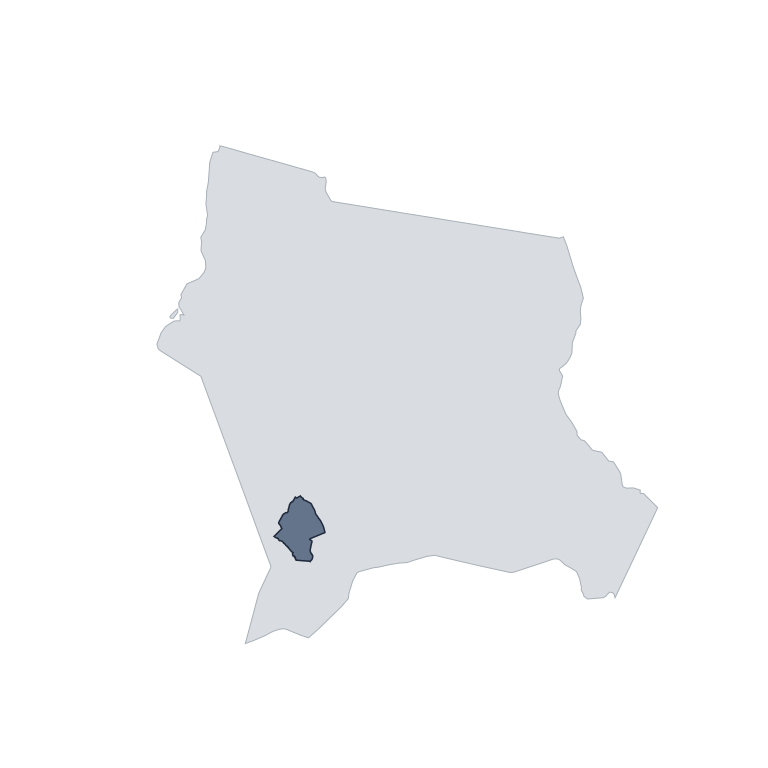 Tarbaj, North-Eastern, Kenya (highlighted), rotated 160°
{"feature_id": "3690345B53726856133736", "entity_name": "Tarbaj", "entity_type": "district", "adm_level": 2, "iso_a3": "KEN", "parent_name": "Kenya", "parent_adm1": "North-Eastern", "projection": "mercator", "projection_center": [40.301, 2.381], "detail": "fine", "context": "in_parent", "style": "filled", "palette": "slate", "viewbox_px": 768, "rotation_deg": 160, "n_neighbors": 0, "source": "geoboundaries", "source_scale": "gbopen_adm2", "svg_char_len": 7866}
<svg xmlns="http://www.w3.org/2000/svg" viewBox="0 0 768 768"><g transform="rotate(160 384 384)"><path d="M165.1,461.0L164.9,451.7L166.2,427.9L166.1,407.0L167.3,396.5L172.4,389.9L174.8,385.0L176.5,378.3L179.2,372.8L185.4,368.4L186.5,365.9L192.9,358.4L196.8,348.8L199.8,345.6L203.4,342.6L206.0,341.0L210.3,339.4L213.6,338.5L214.2,337.7L214.5,336.2L213.4,330.2L214.8,328.3L217.1,324.3L219.7,320.6L222.0,318.3L223.4,315.8L224.0,311.6L224.1,308.7L224.0,303.8L223.3,292.8L220.6,283.6L218.9,273.3L220.1,269.9L217.9,263.9L216.9,263.5L215.1,262.2L212.8,256.5L211.1,251.3L210.1,250.0L202.7,245.4L199.1,234.7L195.0,232.3L192.7,221.7L192.3,218.6L194.6,208.0L194.4,205.5L192.0,203.3L185.1,201.0L179.5,196.6L180.2,195.1L180.6,193.5L177.6,192.4L169.1,174.2L180.1,163.3L191.3,152.2L205.5,138.1L218.6,125.2L229.9,114.1L240.0,104.1L239.8,106.0L239.8,108.6L241.1,110.1L243.1,111.2L246.0,110.0L248.5,108.5L251.0,108.2L266.2,112.3L268.7,115.9L268.6,119.8L269.2,122.6L268.0,125.5L266.8,134.0L267.2,141.8L271.7,147.6L275.8,152.2L279.0,158.6L281.4,160.6L284.7,161.6L295.1,161.8L310.5,162.3L325.4,162.7L326.7,162.8L329.9,163.7L343.5,172.3L356.0,180.2L366.6,187.1L376.9,193.8L386.9,200.3L394.7,205.6L402.3,207.3L414.7,208.1L423.3,208.3L431.2,210.6L443.0,212.7L451.9,213.8L457.2,215.0L471.9,216.2L474.4,215.5L480.9,209.5L488.2,199.8L491.0,194.5L500.5,189.2L517.0,181.8L528.7,176.5L541.7,171.3L547.6,175.9L555.7,183.2L559.4,186.8L562.3,188.4L566.7,189.4L572.1,189.5L575.0,189.3L581.0,188.3L595.1,187.5L603.1,187.5L596.3,197.2L588.2,208.8L573.3,230.2L562.0,241.5L553.4,250.0L552.6,251.5L552.7,261.0L552.8,284.1L552.9,330.4L553.1,376.7L553.3,422.9L553.4,446.0L553.4,453.8L560.9,463.5L568.3,473.0L578.0,485.6L583.2,492.3L584.1,494.6L583.8,499.1L575.8,508.5L569.3,512.8L560.4,514.9L557.8,514.5L554.3,513.1L553.0,515.4L552.0,518.9L550.0,518.2L548.5,517.1L549.4,523.4L550.3,526.5L549.0,530.7L544.7,534.3L544.3,537.4L535.0,545.5L521.9,546.3L515.0,550.4L511.9,553.6L509.6,560.8L510.4,571.8L506.7,580.3L506.0,584.5L499.2,590.0L496.2,595.1L494.0,600.2L492.1,602.5L489.8,614.0L486.6,621.0L485.7,623.3L485.0,625.4L482.5,629.5L480.9,632.3L479.8,634.2L471.8,652.1L465.5,660.2L460.6,659.2L457.3,662.4L457.0,663.9L455.2,663.0L451.1,660.1L442.7,654.0L434.3,647.9L425.9,641.8L417.4,635.7L409.0,629.7L400.6,623.6L392.2,617.5L383.7,611.4L378.8,607.8L376.6,605.7L374.9,601.5L374.1,600.5L371.8,599.2L369.2,598.9L368.4,598.1L368.5,596.1L369.4,593.2L372.5,587.6L372.8,584.3L372.2,580.6L371.2,574.6L370.4,573.3L364.8,570.1L353.1,563.6L341.4,557.1L329.7,550.5L318.0,544.0L306.3,537.4L294.6,530.9L282.9,524.4L271.2,517.8L259.5,511.3L247.8,504.8L236.1,498.2L224.4,491.7L212.7,485.2L201.0,478.6L189.3,472.1L177.6,465.6L173.2,463.1L169.3,461.0L165.1,461.0ZM554.3,524.5L552.2,525.0L553.3,521.9L559.3,517.8L561.8,518.7L562.2,519.7L562.1,520.5L561.1,521.3L554.3,524.5Z" fill="#d9dde1" stroke="#a8b0b8" stroke-width="1"/><path d="M500.9,307.4L503.0,307.1L503.8,306.9L504.3,306.8L504.6,306.8L504.8,306.8L504.9,306.7L505.1,306.7L505.4,306.8L505.5,306.9L505.6,307.1L505.7,307.6L505.8,308.0L506.0,308.1L506.4,307.8L507.2,307.1L507.3,306.9L507.7,306.5L508.0,306.4L508.5,306.0L508.7,305.8L509.1,305.4L509.4,305.3L509.5,305.2L509.8,305.1L510.0,304.7L510.4,304.6L510.5,304.8L510.8,304.8L511.0,304.8L511.4,304.5L511.5,304.4L511.8,304.3L512.1,304.4L512.4,304.3L512.7,304.0L512.8,304.0L513.0,303.9L513.2,303.7L513.3,303.5L513.3,303.4L514.0,302.9L514.2,302.7L514.3,302.6L514.5,302.4L514.6,302.0L514.7,301.9L514.9,301.6L515.0,301.3L515.4,300.8L515.4,300.7L515.7,300.3L515.8,300.1L516.0,299.9L516.2,299.7L516.4,299.5L516.4,299.4L516.5,299.3L516.7,299.2L516.9,298.9L517.0,298.7L517.1,298.3L517.2,298.1L517.3,297.5L517.4,297.3L517.5,297.2L518.0,296.9L518.1,296.7L518.3,296.6L518.5,296.5L518.7,296.4L518.9,296.2L519.2,296.2L519.3,296.2L519.4,296.4L519.6,296.5L519.8,296.5L520.2,296.7L520.3,296.7L520.5,296.7L520.8,296.7L521.2,296.4L521.3,296.4L521.5,296.3L521.9,296.3L522.2,296.3L522.3,296.3L522.5,296.3L522.5,296.2L522.8,296.1L523.0,296.0L523.2,295.8L523.3,295.7L523.5,295.6L523.8,295.6L524.4,295.4L524.5,295.3L524.6,295.2L524.7,294.8L524.8,294.7L525.0,294.5L525.1,294.4L525.3,294.2L525.7,293.9L525.8,293.9L526.0,293.8L526.4,293.4L526.7,293.1L526.9,293.0L527.1,292.9L527.2,292.6L527.4,292.4L527.7,292.1L528.4,291.7L528.6,291.6L528.8,291.4L529.1,291.0L529.5,290.7L530.2,289.9L530.4,289.6L530.5,289.4L530.6,289.1L530.6,288.8L530.5,288.7L530.4,288.4L530.3,288.2L530.2,287.9L530.1,287.7L530.0,287.3L529.9,286.7L529.8,286.3L529.8,286.2L529.7,286.1L529.5,285.8L529.5,285.7L529.7,285.2L529.7,284.6L529.7,284.3L529.6,284.1L529.5,283.5L529.5,283.4L529.4,283.1L539.4,278.4L539.1,278.1L538.9,277.8L538.9,277.6L538.8,277.3L538.7,277.1L538.5,276.9L538.1,276.5L537.8,276.2L537.6,276.0L537.4,275.9L537.1,275.8L536.8,275.6L536.8,275.2L536.7,275.1L536.4,274.9L536.2,274.8L536.2,274.5L536.2,274.1L536.2,273.9L536.2,273.7L536.1,272.9L536.0,272.7L535.8,272.5L535.7,272.4L535.3,272.3L535.1,272.3L534.9,272.2L534.7,272.0L534.4,271.8L534.2,271.5L534.0,271.4L533.8,271.3L533.7,271.1L533.5,270.9L533.4,270.8L533.1,270.3L533.0,270.1L532.9,269.9L532.8,269.6L532.9,269.3L532.8,269.1L532.3,268.8L532.2,268.6L532.3,268.4L532.5,268.3L532.4,268.1L532.0,267.6L531.6,267.3L531.5,267.1L531.5,266.9L531.5,266.4L531.5,266.1L531.3,265.7L531.0,265.4L530.9,265.2L530.7,265.1L530.6,264.8L530.5,264.6L530.3,264.5L530.3,264.3L530.4,264.1L530.5,264.0L530.4,263.9L530.2,263.8L530.1,263.7L529.9,263.3L529.8,263.2L529.9,262.6L529.7,262.4L529.6,261.9L529.5,261.7L529.4,261.4L529.3,261.2L529.2,260.8L529.2,260.6L529.1,260.4L529.0,260.2L528.8,259.9L528.6,259.7L528.6,259.2L528.4,258.8L528.4,258.5L528.3,258.2L528.2,258.0L528.0,257.7L527.8,257.6L527.5,257.2L527.3,257.0L527.1,256.7L527.5,256.4L527.6,256.2L527.8,255.9L527.9,255.7L528.1,255.7L528.2,255.4L528.2,255.1L528.2,254.9L528.1,254.7L528.1,254.4L528.2,254.2L528.2,253.7L528.3,253.6L528.2,253.5L527.8,253.5L527.7,253.3L527.6,253.2L527.3,253.2L527.2,253.0L527.3,252.8L527.3,252.6L527.2,252.5L526.9,252.4L526.8,252.2L527.0,252.0L527.2,251.9L527.3,251.7L527.2,251.6L527.0,251.4L526.9,251.3L527.0,251.2L526.9,250.8L527.0,250.7L527.1,250.4L526.9,250.3L526.8,250.2L526.8,249.8L526.9,249.7L527.0,249.5L526.9,249.3L526.8,249.2L526.8,248.8L526.7,248.7L526.8,248.5L525.5,247.9L520.8,245.7L514.5,242.9L514.2,242.4L513.7,242.9L513.4,242.9L512.9,243.1L512.0,243.6L511.7,243.8L511.5,244.0L511.2,244.3L511.1,244.5L510.7,245.0L510.4,245.4L510.3,245.6L510.3,245.8L510.0,246.3L509.7,246.8L509.7,247.0L509.8,247.4L509.8,247.7L509.9,247.9L509.9,248.1L509.9,248.4L509.9,248.5L510.2,248.6L510.3,248.7L510.3,248.8L510.3,249.0L510.3,249.4L510.2,249.6L510.3,249.7L510.4,250.3L510.5,250.5L510.6,250.9L510.5,251.1L510.5,251.6L510.4,252.2L510.4,252.4L510.4,252.6L509.9,253.7L508.1,256.6L507.9,257.0L507.8,257.4L507.7,257.5L507.3,257.9L507.2,258.0L506.8,258.7L506.6,259.0L506.5,259.3L506.3,259.5L506.2,259.6L505.9,259.9L505.8,260.1L505.7,260.3L505.5,260.9L505.5,261.4L505.6,261.5L505.9,261.9L506.0,262.0L506.3,262.4L506.4,262.6L506.8,262.8L506.9,263.0L506.9,263.3L506.9,263.5L506.6,263.9L496.9,264.3L490.3,264.6L490.2,265.0L489.7,270.3L489.9,273.7L490.2,275.0L490.2,276.1L490.3,276.5L490.4,277.3L490.5,277.7L490.8,278.4L490.8,278.7L491.0,279.4L491.1,279.7L491.4,280.3L491.4,280.5L491.5,280.6L491.6,281.4L491.7,281.9L492.1,283.4L492.4,284.5L492.6,285.5L492.6,286.3L492.6,286.5L492.4,287.4L492.4,287.9L492.4,288.5L492.4,289.5L492.6,290.9L492.7,291.4L492.9,292.3L492.9,292.7L493.1,293.5L493.1,294.4L493.2,295.0L493.2,295.8L493.3,296.2L493.6,296.7L493.9,297.2L494.1,297.5L494.5,298.0L494.8,298.3L495.1,298.6L495.8,299.4L496.4,300.1L496.7,300.5L496.9,300.7L497.8,301.4L498.5,302.1L498.7,302.3L499.1,302.7L499.2,302.9L499.4,303.0L499.5,303.2L499.4,303.4L499.3,303.5L499.1,303.9L499.1,304.1L499.3,304.5L499.5,304.7L499.7,304.9L500.0,305.2L500.1,305.3L500.2,305.5L500.3,305.8L500.3,306.0L500.9,307.1L500.9,307.4Z" fill="#64748b" stroke="#1e293b" stroke-width="1.5"/></g></svg>